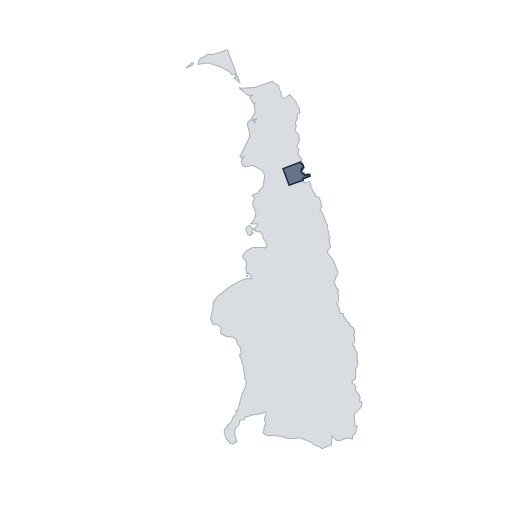 Río Senguer, Chubut, Argentina (highlighted), rotated 159°
{"feature_id": "61730980B47831130528254", "entity_name": "Río Senguer", "entity_type": "district", "adm_level": 2, "iso_a3": "ARG", "parent_name": "Argentina", "parent_adm1": "Chubut", "projection": "mercator", "projection_center": [-71.319, -45.327], "detail": "fine", "context": "in_parent", "style": "filled", "palette": "slate", "viewbox_px": 512, "rotation_deg": 159, "n_neighbors": 0, "source": "geoboundaries", "source_scale": "gbopen_adm2", "svg_char_len": 6184}
<svg xmlns="http://www.w3.org/2000/svg" viewBox="0 0 512 512"><g transform="rotate(159 256 256)"><path d="M312.4,138.1L309.9,142.5L310.5,145.4L308.2,152.4L308.8,153.7L306.9,157.1L307.6,160.7L306.6,164.2L307.1,168.6L306.4,169.9L304.7,170.3L303.6,176.5L305.0,182.5L303.8,183.6L306.1,188.0L312.9,191.9L316.5,195.8L316.6,197.5L314.8,199.9L314.6,202.0L315.6,204.8L317.4,206.6L320.7,207.7L321.2,211.7L320.6,214.3L314.4,223.6L313.0,227.7L307.0,231.8L291.6,236.7L279.5,238.5L272.6,238.2L268.1,236.2L268.4,241.6L270.7,243.1L269.5,243.2L270.5,244.2L270.0,248.6L268.5,249.5L267.4,253.2L267.5,256.4L268.9,259.1L267.5,261.8L262.2,264.5L256.0,265.1L244.5,260.8L244.9,260.1L244.3,259.8L242.4,260.7L241.6,264.4L242.9,270.2L242.5,275.2L243.2,276.9L247.4,278.8L247.1,280.9L248.5,281.1L251.5,280.6L251.9,279.0L250.3,278.4L254.4,277.1L255.9,279.2L256.0,284.4L255.3,285.8L252.1,286.8L251.2,286.6L249.4,282.9L247.9,282.1L243.4,284.1L242.8,285.3L249.5,287.9L244.6,290.8L240.7,295.7L240.6,304.9L239.7,307.5L237.0,309.9L236.5,311.7L237.5,312.8L237.1,314.5L231.9,313.9L228.2,316.8L224.9,317.8L218.7,328.5L219.6,333.8L226.4,341.5L235.1,343.6L236.2,346.2L235.8,349.3L234.8,351.1L231.6,352.9L234.3,352.9L235.5,354.5L220.0,368.7L217.9,373.0L217.0,381.8L215.8,383.6L212.6,385.4L210.4,383.5L208.7,380.3L208.8,382.9L205.8,383.9L209.4,384.0L211.0,386.2L206.2,389.5L204.7,392.4L204.1,396.6L202.2,399.0L203.7,398.5L205.0,406.8L201.2,407.4L205.9,408.8L211.3,418.3L210.8,419.1L210.6,418.1L196.6,413.8L177.7,413.1L177.9,411.8L173.6,406.7L174.6,403.1L173.9,400.0L174.9,397.3L174.3,393.9L172.7,392.8L166.7,394.7L163.4,385.7L163.7,380.9L162.7,377.8L163.8,373.9L166.8,373.7L167.8,369.6L171.7,366.5L171.8,362.6L174.1,360.4L174.7,358.5L172.6,353.5L174.2,348.2L178.4,344.2L178.0,339.1L180.3,336.6L178.6,330.0L180.9,327.2L179.8,325.6L179.8,322.1L182.1,321.2L183.5,317.5L181.2,314.1L177.1,313.1L176.9,311.4L184.4,311.3L185.3,308.6L184.8,307.0L179.2,306.3L179.2,302.6L180.5,300.3L179.4,298.1L179.8,295.9L178.4,292.8L179.8,291.4L176.1,288.2L176.1,282.9L177.0,281.6L176.5,278.8L179.8,276.2L178.3,271.2L178.7,261.8L178.1,259.3L180.2,255.5L179.2,252.9L180.7,251.0L180.1,246.3L181.8,245.9L183.1,237.8L187.3,235.5L188.2,233.9L185.3,223.8L185.6,220.1L185.0,218.4L185.7,216.2L185.0,213.0L186.3,209.3L189.2,207.7L189.4,206.5L192.4,203.9L192.3,197.7L191.0,194.5L192.5,193.3L193.5,188.6L195.7,183.7L197.6,182.8L197.2,177.2L197.9,172.2L195.4,171.3L196.0,167.7L195.1,166.9L194.6,163.1L193.0,159.9L192.9,158.4L193.8,157.5L192.0,156.2L190.7,153.2L191.0,150.4L191.3,148.6L193.3,147.2L193.0,145.9L194.6,140.2L196.6,139.9L197.7,137.9L196.6,136.9L196.9,133.6L196.0,128.8L197.8,126.4L199.4,119.0L204.0,113.8L207.0,105.7L209.4,105.5L212.0,103.8L209.4,98.5L211.1,95.2L209.3,88.2L209.9,85.6L211.4,84.1L209.7,81.5L210.2,79.4L212.6,76.9L221.0,73.2L224.3,62.7L222.5,60.8L227.0,54.7L230.3,53.7L231.6,50.5L235.9,53.5L243.2,53.6L246.8,54.8L249.4,60.9L253.2,52.8L263.3,52.5L265.3,55.4L269.2,58.7L271.9,63.3L280.3,70.4L291.0,73.8L297.6,78.7L305.3,82.8L309.1,83.7L312.0,86.6L312.7,88.7L311.0,90.4L309.7,93.6L307.7,95.4L306.8,97.5L306.9,100.2L302.9,105.4L303.0,107.4L307.1,106.9L317.0,109.0L321.8,109.0L323.4,109.9L325.9,107.4L330.1,108.4L332.8,104.1L335.6,103.3L338.5,100.4L339.9,96.8L340.4,89.2L342.0,89.7L344.8,88.6L347.2,90.1L349.3,96.6L348.9,102.8L347.7,105.3L344.7,106.7L343.1,108.5L338.4,109.8L335.9,113.2L330.0,116.8L330.4,118.7L328.5,118.5L318.7,131.7L312.4,138.1ZM208.8,458.6L209.1,423.7L212.7,430.3L210.9,429.9L210.4,433.1L213.5,433.8L214.9,437.9L221.6,445.6L231.5,453.4L241.4,455.7L238.7,459.6L228.9,461.5L223.1,459.4L208.8,458.6ZM245.4,458.1L248.3,456.7L254.2,456.5L246.5,459.4L245.4,458.1ZM272.1,240.3L272.0,241.4L270.3,239.7L272.1,240.3Z" fill="#d9dde1" stroke="#a8b0b8" stroke-width="1"/><path d="M184.7,309.8L184.7,310.0L184.8,310.0L185.0,310.2L185.0,310.3L184.9,310.4L184.9,310.5L184.9,311.0L184.8,311.3L184.6,311.4L184.5,311.5L184.4,311.8L184.1,311.9L183.9,311.8L183.7,311.8L183.7,311.7L183.4,311.7L183.1,311.6L182.9,311.4L182.8,311.2L182.6,311.1L182.4,310.9L182.1,311.0L181.9,311.0L181.7,311.1L181.4,311.1L181.3,311.3L181.3,311.5L181.1,311.5L180.9,311.5L180.7,311.6L180.5,311.4L180.4,311.3L180.2,311.4L179.9,311.3L179.7,311.3L179.6,311.2L179.2,311.3L179.1,311.5L178.9,311.8L178.6,311.7L178.4,311.6L178.3,311.4L178.2,311.5L178.1,311.8L178.1,311.7L177.9,311.6L177.7,311.5L177.4,311.5L177.4,311.4L177.3,311.2L177.2,311.3L177.0,311.2L176.9,311.2L176.9,311.4L176.8,311.5L177.0,311.7L177.2,311.8L177.1,312.0L176.9,312.3L177.1,312.6L176.9,312.7L176.8,312.8L177.0,312.8L177.1,313.0L177.3,313.0L177.5,313.1L177.7,313.3L178.0,313.4L178.0,313.5L178.3,313.7L178.5,313.7L178.5,313.8L178.5,313.7L178.5,313.8L178.7,313.7L178.8,313.5L179.0,313.4L179.3,313.5L179.5,313.6L179.7,313.4L179.8,313.4L179.8,313.5L179.8,313.8L180.2,313.8L180.3,313.9L180.4,314.0L180.5,314.0L180.9,314.0L181.0,314.1L181.3,314.1L181.6,314.1L181.6,314.3L181.8,314.4L181.7,314.5L181.6,314.8L181.8,315.0L182.0,315.2L182.1,315.3L182.1,315.5L181.9,315.8L182.1,315.8L182.3,316.0L182.3,316.3L182.7,316.4L182.7,316.5L182.9,316.5L183.0,316.8L183.1,317.0L183.3,317.2L183.3,317.3L183.5,317.5L183.7,317.8L183.6,318.0L183.8,318.1L183.8,318.3L183.8,318.5L183.7,318.5L183.6,318.8L183.4,318.9L183.4,319.0L183.2,319.1L182.7,319.2L182.7,319.3L182.7,319.6L182.4,319.5L182.2,319.5L181.9,319.6L181.9,319.8L181.9,320.0L182.0,320.1L181.8,320.2L182.0,320.3L182.1,320.5L182.3,320.7L182.4,320.8L182.5,321.0L182.4,321.0L182.2,321.1L181.9,321.2L181.8,321.3L181.7,321.3L181.4,321.3L181.2,321.4L181.1,321.2L180.8,321.2L180.8,321.3L180.5,321.3L180.4,321.3L180.5,321.4L180.4,321.4L180.3,321.5L180.2,321.6L179.9,321.6L179.8,321.8L179.7,321.8L179.7,322.0L179.8,322.1L180.0,322.1L180.0,322.3L179.9,322.3L179.9,322.5L179.7,322.6L179.6,322.8L179.6,323.0L179.4,323.3L179.5,323.4L179.5,323.5L179.5,323.8L179.4,323.8L179.4,324.0L179.6,324.3L179.7,324.5L179.8,324.7L179.7,324.9L179.8,325.0L179.8,325.3L179.7,325.6L179.7,325.8L179.7,325.7L179.8,325.7L179.8,325.8L180.0,325.8L180.3,325.9L180.3,326.0L180.5,326.1L180.7,326.3L180.8,326.5L180.8,326.8L181.0,326.9L181.0,327.0L181.1,327.3L181.1,327.5L180.9,327.5L180.8,327.8L199.5,327.8L199.7,310.2L193.2,310.1L184.7,309.8Z" fill="#64748b" stroke="#1e293b" stroke-width="1.5"/></g></svg>